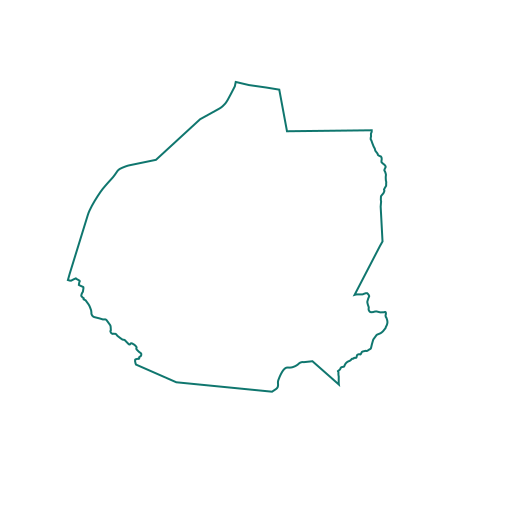 outline of San Juan, Intibucá, Honduras, rotated 324°
{"feature_id": "27666195B28906986091339", "entity_name": "San Juan", "entity_type": "district", "adm_level": 2, "iso_a3": "HND", "parent_name": "Honduras", "parent_adm1": "Intibucá", "projection": "natural_earth1", "projection_center": [-88.422, 14.413], "detail": "fine", "context": "isolated", "style": "outline", "palette": "teal", "viewbox_px": 512, "rotation_deg": 324, "n_neighbors": 0, "source": "geoboundaries", "source_scale": "gbopen_adm2", "svg_char_len": 6000}
<svg xmlns="http://www.w3.org/2000/svg" viewBox="0 0 512 512"><g transform="rotate(324 256 256)"><path d="M194.0,375.4L195.1,375.3L195.8,375.1L196.3,374.9L196.9,374.5L197.4,374.0L197.9,373.5L198.4,372.8L199.2,371.5L199.6,371.0L200.1,370.4L200.9,369.7L201.8,369.1L204.0,367.7L205.4,366.9L206.9,366.1L208.4,365.4L209.3,365.0L210.7,364.5L211.8,364.2L212.7,364.1L213.5,364.0L214.4,364.1L214.8,364.2L215.3,364.4L216.0,364.8L217.4,365.9L218.6,366.7L220.1,367.4L221.5,367.8L222.7,368.1L224.1,368.3L225.8,368.4L227.7,368.2L228.3,368.2L229.3,368.3L230.1,368.6L230.7,368.8L231.4,369.2L231.7,369.5L232.3,370.0L239.8,374.3L247.5,408.7L248.1,407.6L251.6,402.8L252.0,402.3L252.8,400.7L253.5,399.6L253.9,399.2L254.1,398.9L254.5,398.2L254.6,397.9L254.5,397.5L254.6,397.3L257.0,397.2L258.0,396.8L258.8,396.3L259.3,396.2L259.8,396.2L260.3,396.4L261.6,397.0L262.0,397.1L262.3,397.2L262.7,397.0L263.7,396.4L265.2,395.7L266.2,395.5L266.9,395.4L267.5,395.4L268.7,395.5L269.1,395.6L269.8,395.8L270.3,395.9L271.5,395.9L272.1,395.8L272.8,395.6L273.3,395.6L273.6,395.7L273.8,396.0L274.0,396.1L274.3,396.2L274.9,396.3L275.4,396.1L275.7,396.2L276.2,396.5L276.6,396.9L276.9,397.0L277.2,397.2L277.4,397.2L277.8,397.0L278.5,396.4L279.3,395.7L279.6,395.6L280.2,395.6L280.6,395.6L281.6,396.0L282.0,396.3L282.4,396.9L282.6,397.0L282.9,397.0L283.2,396.9L285.2,395.9L285.7,395.9L286.2,396.0L287.4,396.5L288.6,397.0L288.9,397.1L289.3,397.6L289.6,397.8L290.2,398.1L291.1,398.2L292.5,398.2L293.8,398.4L294.2,398.4L294.7,398.2L295.6,397.5L297.8,395.6L300.6,393.4L301.8,392.5L302.7,392.2L307.1,390.8L307.6,390.8L308.6,391.0L310.5,391.5L311.1,391.6L311.9,391.7L312.9,391.7L314.0,391.6L314.7,391.5L317.9,390.6L318.5,390.4L319.4,389.7L321.0,388.9L321.6,388.5L322.6,387.7L323.1,387.2L323.5,386.7L324.2,385.5L324.7,384.2L325.1,382.9L325.2,382.4L325.2,381.6L325.3,381.3L325.5,381.0L325.7,380.5L326.0,380.1L326.2,379.9L326.8,379.5L327.3,378.9L327.7,378.2L327.8,377.8L327.8,377.5L327.7,377.3L327.5,377.1L327.3,377.0L326.8,376.9L326.4,376.7L325.1,375.8L323.6,374.8L323.2,374.4L321.1,371.9L320.7,371.5L320.2,371.2L319.5,370.8L318.4,370.4L317.8,370.2L316.3,369.3L315.9,368.9L315.6,368.6L315.4,368.2L315.3,367.9L315.3,367.3L315.3,366.7L315.4,366.3L315.5,365.8L315.7,365.4L316.0,365.0L316.8,364.1L317.1,363.7L317.8,361.4L318.3,360.1L318.6,359.4L318.9,358.8L319.4,358.2L320.2,357.6L321.9,356.3L323.1,355.6L323.7,355.2L324.0,355.0L324.2,354.2L324.3,353.2L324.2,352.3L324.1,351.5L323.9,351.3L323.5,351.0L323.1,350.7L322.5,350.5L321.3,350.1L320.0,349.8L319.7,349.7L318.4,348.8L315.1,346.4L314.0,345.8L312.9,345.4L362.1,320.8L366.9,318.6L385.9,289.3L389.2,285.5L389.7,284.5L390.1,283.8L392.0,281.4L392.2,281.2L392.3,281.1L393.6,280.7L395.7,280.2L396.2,280.0L397.1,279.5L397.7,279.1L398.2,278.7L398.4,278.3L398.5,277.7L398.7,277.4L399.9,276.8L402.0,275.9L402.5,275.7L402.8,275.3L403.1,275.0L403.7,274.1L404.5,273.2L404.8,272.7L405.1,272.2L405.4,271.4L405.8,270.7L406.9,269.0L407.5,268.2L408.5,267.1L408.9,266.6L409.3,265.7L409.8,264.3L410.0,263.5L410.1,262.4L410.3,262.0L410.6,261.7L411.4,261.2L413.1,260.3L413.3,260.1L413.4,259.9L413.5,259.6L413.6,259.2L413.6,258.7L413.6,258.3L413.5,257.5L413.0,255.8L412.7,254.2L412.7,253.9L412.8,253.6L413.2,253.1L413.5,252.7L414.2,252.0L414.7,251.4L415.3,250.4L415.4,250.0L415.5,249.6L415.5,249.2L415.5,248.8L415.3,248.5L414.9,248.0L414.6,247.4L414.2,246.5L414.1,246.1L414.1,245.6L414.4,245.0L414.5,244.7L414.4,241.2L414.5,240.7L414.8,239.9L415.1,239.3L415.3,238.3L415.5,236.6L415.8,235.5L416.5,232.8L417.2,230.5L417.3,230.1L417.3,229.6L417.3,229.3L417.5,228.8L417.9,228.3L418.6,227.5L419.2,227.0L419.5,226.7L420.1,225.7L420.8,224.7L421.3,224.3L422.2,223.8L422.6,223.5L423.0,223.0L423.5,222.3L354.4,173.3L372.6,135.1L363.3,125.7L350.8,113.6L341.9,103.3L338.6,106.3L330.4,110.4L324.8,113.1L323.3,113.7L322.0,114.2L320.7,114.6L318.4,115.0L317.1,115.2L315.7,115.3L314.3,115.3L313.0,115.2L291.2,112.5L231.6,119.4L207.1,108.3L205.7,107.7L203.9,107.1L202.1,106.6L199.7,106.0L197.6,105.6L196.9,105.5L196.0,105.5L195.0,105.6L194.2,105.7L189.3,107.4L186.6,108.2L183.8,108.8L178.6,109.9L175.1,110.7L171.5,111.6L168.0,112.7L163.1,114.5L157.9,116.6L152.8,118.9L150.3,120.2L148.0,121.4L146.0,122.6L144.0,124.0L94.9,160.8L89.7,164.9L90.4,165.8L91.1,166.7L91.6,167.0L92.0,167.3L94.9,167.7L97.1,168.2L97.2,168.9L98.3,171.2L98.7,172.3L98.7,172.5L98.5,172.9L97.9,173.2L97.4,173.6L96.2,174.7L95.8,175.2L95.7,175.3L95.8,175.6L96.4,176.7L97.1,178.0L97.9,179.3L98.0,179.6L98.0,179.8L97.4,180.7L96.9,181.2L96.2,181.9L95.7,182.4L95.1,183.0L94.9,183.2L94.0,183.5L92.7,184.2L91.7,185.0L91.4,185.3L91.2,185.6L91.2,186.2L91.3,187.3L91.4,187.9L91.7,188.5L91.8,188.8L91.7,189.1L91.6,189.3L91.1,189.8L92.1,191.7L92.1,193.1L92.1,196.8L92.0,197.8L91.9,198.5L91.5,200.2L90.7,203.0L90.1,204.1L89.8,204.7L89.1,205.7L88.9,206.0L88.7,206.6L88.6,207.1L88.5,207.7L88.5,208.3L88.6,208.8L88.8,209.6L89.2,210.3L92.8,214.6L94.9,217.4L95.7,217.9L96.4,218.4L97.0,218.9L97.3,219.6L97.4,220.0L97.4,220.4L97.4,225.9L97.3,226.7L97.1,227.2L96.7,228.0L94.9,230.8L94.6,230.9L94.3,231.0L94.1,231.2L93.9,231.4L93.8,231.8L93.6,232.6L93.6,233.2L93.7,233.5L93.9,234.2L94.1,234.6L94.4,234.8L94.9,235.0L95.2,235.3L96.4,236.2L96.8,236.9L96.9,237.4L96.9,238.5L97.0,239.3L97.9,242.4L98.6,244.5L98.8,245.0L99.1,245.4L100.0,246.3L100.2,246.5L100.4,246.9L100.8,249.8L101.2,252.5L101.3,252.8L101.6,253.2L101.9,253.4L102.3,253.4L102.9,253.2L103.3,253.1L103.8,253.3L104.2,253.7L104.5,254.2L104.8,254.9L105.3,256.0L105.7,257.5L105.8,258.7L105.8,259.2L105.7,259.7L105.4,260.0L104.9,260.4L104.7,260.6L104.6,260.9L104.5,261.3L104.6,262.3L104.9,264.3L105.1,265.1L105.5,266.3L105.7,266.9L105.7,267.3L105.7,267.5L105.6,267.8L105.4,268.1L105.1,268.5L104.8,268.8L104.4,269.0L104.0,269.2L103.7,269.3L103.4,269.3L102.6,269.1L102.0,269.3L101.6,269.6L101.3,270.2L101.2,270.3L100.8,270.3L100.5,270.2L99.8,269.6L98.9,269.2L97.7,268.8L97.3,268.9L97.1,269.0L96.8,269.5L96.3,270.1L95.9,271.0L95.4,272.1L95.1,273.3L117.3,311.3L189.2,375.2L194.0,375.4Z" fill="none" stroke="#0f766e" stroke-width="2"/></g></svg>